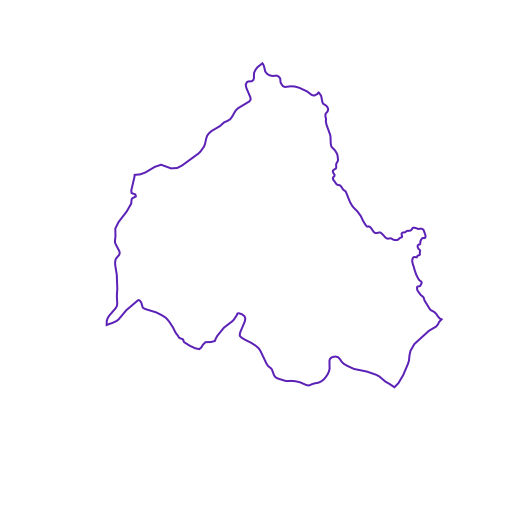 outline of Ouham-Pendé, rotated 337°
{"feature_id": "CAF-805", "entity_name": "Ouham-Pendé", "entity_type": "Prefecture", "adm_level": 1, "iso_a3": "CAF", "parent_name": "Central African Republic", "parent_adm1": "", "projection": "mercator", "projection_center": [16.39, 6.719], "detail": "fine", "context": "isolated", "style": "outline", "palette": "violet", "viewbox_px": 512, "rotation_deg": 337, "n_neighbors": 0, "source": "natural_earth", "source_scale": "10m", "svg_char_len": 5511}
<svg xmlns="http://www.w3.org/2000/svg" viewBox="0 0 512 512"><g transform="rotate(337 256 256)"><path d="M337.2,81.1L337.4,82.3L337.5,83.7L337.4,85.1L336.6,89.7L337.3,92.5L338.9,94.8L341.3,96.6L342.9,97.3L344.4,97.6L345.7,98.2L346.9,99.6L347.6,101.7L347.3,103.3L346.7,104.8L346.4,106.7L347.1,110.1L348.6,111.7L354.4,113.4L358.0,115.2L361.5,118.0L367.1,124.2L370.4,129.8L372.4,131.1L375.9,130.8L377.0,130.1L377.4,129.9L377.8,130.3L378.5,133.8L378.4,134.7L377.3,139.9L377.2,141.3L377.4,142.3L379.1,144.6L379.8,146.3L379.9,147.5L379.9,148.5L379.6,149.3L379.2,150.0L378.7,150.5L378.2,151.0L376.1,152.0L375.4,152.6L374.9,153.5L374.3,155.0L374.2,156.7L373.7,157.9L372.9,159.3L372.6,160.7L372.2,162.6L371.6,173.5L371.3,175.0L368.7,181.8L368.3,183.8L368.2,185.2L369.4,188.1L370.0,189.9L370.5,193.2L370.4,194.7L370.1,196.2L369.1,199.4L368.6,200.3L368.1,200.8L366.3,202.1L365.8,202.7L365.3,203.5L364.6,205.5L364.2,206.2L363.6,206.7L362.9,206.8L362.0,206.9L361.0,207.1L360.1,207.6L359.7,208.4L359.6,209.5L360.0,212.0L359.6,212.8L359.1,213.3L358.4,213.4L358.0,213.6L357.6,213.9L357.0,214.8L356.9,215.6L357.1,216.7L357.4,217.8L357.8,219.9L358.1,221.1L358.5,222.0L359.1,222.5L359.7,222.9L360.4,223.3L361.0,224.0L361.5,225.1L362.1,228.6L362.5,229.6L363.3,230.8L363.7,231.5L363.8,232.4L363.6,243.1L364.1,247.1L364.6,249.2L366.8,254.7L368.1,260.3L368.3,265.7L369.0,270.2L369.6,272.1L370.4,272.7L371.2,272.7L372.0,273.4L372.7,274.7L373.7,279.5L374.1,280.6L374.6,281.2L375.2,281.7L375.9,282.0L378.6,282.5L379.4,282.8L379.9,283.3L380.3,284.0L381.0,285.6L382.4,289.6L382.6,290.0L383.0,290.5L383.4,291.0L384.0,291.5L384.7,291.8L386.3,292.1L387.0,292.4L387.5,292.9L388.4,294.1L388.9,294.7L389.4,295.1L390.1,295.6L391.5,296.2L392.3,296.4L393.0,296.5L393.7,296.3L395.1,295.7L395.9,295.6L397.4,295.7L397.9,295.4L398.2,294.9L398.4,293.3L398.6,292.6L399.0,292.1L399.7,291.8L400.5,291.8L401.2,292.1L401.8,292.3L402.6,292.4L404.1,292.0L404.9,292.0L405.3,292.0L405.9,292.2L406.6,292.6L407.3,292.8L408.1,292.9L408.9,292.8L409.6,292.5L410.8,291.6L411.5,291.4L412.2,291.5L412.8,291.8L413.4,292.3L414.0,292.7L414.6,293.2L415.5,294.2L416.1,294.6L416.7,294.8L417.8,295.0L418.7,295.4L419.5,296.0L420.3,297.1L420.4,298.1L420.1,303.0L419.8,303.8L419.5,304.6L419.1,305.1L418.5,305.4L417.8,305.3L417.3,304.9L416.7,304.6L416.0,304.7L415.3,304.9L414.1,305.8L413.0,306.8L412.0,308.9L411.5,309.3L410.9,309.3L410.2,309.1L409.5,309.2L408.9,309.6L408.4,310.5L408.3,312.0L408.5,313.1L409.1,314.4L409.1,315.3L408.7,316.0L408.2,316.6L407.5,318.5L407.0,319.0L406.4,319.0L405.7,318.9L405.2,318.9L404.7,319.0L403.7,319.8L403.3,320.0L402.8,319.7L402.2,319.3L401.6,318.9L400.9,318.7L400.1,318.9L399.5,319.2L399.0,319.8L398.5,320.4L397.8,321.8L397.4,323.4L397.1,325.1L397.0,327.9L396.6,330.1L396.2,335.6L396.5,340.4L396.8,341.6L397.1,342.5L398.1,344.2L398.2,344.9L397.9,345.6L396.3,347.1L395.7,347.5L395.0,347.7L394.2,347.6L393.5,347.3L392.8,347.3L392.0,347.7L391.4,349.3L391.2,350.4L391.3,351.6L392.4,356.3L393.4,358.0L394.0,359.3L394.0,360.5L393.8,362.1L393.8,363.2L395.1,371.9L395.5,373.5L396.0,374.5L396.5,375.1L397.0,375.6L397.9,376.8L398.3,377.4L398.8,378.5L399.3,379.9L399.9,382.9L400.8,385.5L402.1,386.8L398.5,388.4L397.1,389.8L395.7,390.6L394.4,391.3L386.0,392.4L367.4,398.9L361.2,403.6L358.6,407.2L355.9,412.1L353.7,414.7L345.0,423.1L337.4,428.7L332.1,430.9L329.1,426.2L326.0,422.1L322.4,415.0L320.2,412.3L312.9,405.7L302.0,398.2L297.2,392.9L294.7,389.6L293.5,386.8L293.1,384.3L292.0,381.2L290.0,379.7L287.6,379.0L285.5,379.0L283.8,379.7L282.7,381.1L279.6,388.7L277.9,390.9L275.7,392.9L273.1,394.6L270.2,396.1L267.0,396.9L263.9,397.0L260.4,396.2L258.0,395.9L254.5,395.9L253.4,395.5L251.8,394.3L247.0,389.3L242.9,386.4L239.3,384.6L236.0,383.4L234.2,382.4L227.8,376.9L226.5,375.1L226.0,372.9L226.3,366.7L226.0,365.5L224.1,361.9L223.6,359.1L223.0,345.5L222.5,342.2L220.5,338.2L217.6,334.0L212.6,328.1L210.6,325.2L209.9,323.2L210.5,321.7L211.8,319.9L219.9,312.1L221.7,309.5L221.9,307.0L220.3,304.1L218.0,302.1L216.7,301.7L215.9,302.1L215.5,302.7L214.9,303.2L214.1,303.7L211.1,305.7L209.4,306.6L198.6,309.4L189.3,314.3L186.8,316.2L185.0,318.1L182.0,317.8L180.4,317.4L175.9,315.6L172.5,316.9L169.9,318.8L167.4,319.6L164.0,317.2L160.2,313.0L156.2,307.3L156.0,306.4L156.2,305.4L156.2,304.4L155.7,303.6L154.1,302.2L153.4,301.3L153.1,300.6L153.0,298.8L152.3,296.5L152.1,295.3L151.9,293.6L151.7,289.7L150.5,282.7L149.8,280.3L148.8,277.5L146.1,273.6L142.1,268.9L133.4,261.6L131.9,259.9L131.6,258.8L132.1,255.0L132.1,253.4L131.6,251.6L130.9,250.8L129.9,250.7L115.5,255.2L104.7,260.7L103.3,261.1L101.7,261.4L97.4,261.5L94.0,261.2L91.6,261.2L93.2,257.5L95.2,255.2L97.7,253.5L106.8,249.0L108.6,247.4L109.8,245.3L112.3,238.4L115.5,232.0L120.5,218.9L122.8,209.5L123.9,206.6L125.6,204.1L127.0,203.2L130.4,201.6L131.7,200.0L132.1,198.5L131.4,189.6L131.6,188.2L132.3,186.5L134.3,183.0L137.2,175.8L140.6,172.9L142.8,171.0L154.4,164.5L161.6,159.0L162.1,158.1L163.4,155.6L164.3,154.7L165.2,154.5L168.1,154.3L168.7,154.2L169.0,152.2L166.1,149.5L166.7,147.1L174.8,136.0L176.0,133.9L181.2,135.6L186.7,135.9L197.7,134.4L204.3,134.9L212.1,142.2L217.9,144.2L223.2,143.8L243.1,139.2L245.8,138.1L250.7,135.1L252.9,132.9L256.2,128.2L258.3,126.0L260.8,124.6L264.2,123.5L273.8,122.3L278.9,120.5L282.4,120.5L285.6,120.1L288.6,118.3L293.9,114.3L297.0,113.0L310.3,111.1L312.2,109.9L312.8,107.8L312.8,97.4L313.5,94.2L315.8,92.3L317.5,92.4L318.8,93.0L320.4,93.5L322.4,92.9L323.4,91.8L325.2,87.8L326.1,86.3L328.6,84.2L331.2,82.8L337.2,81.1Z" fill="none" stroke="#5b21b6" stroke-width="2"/></g></svg>